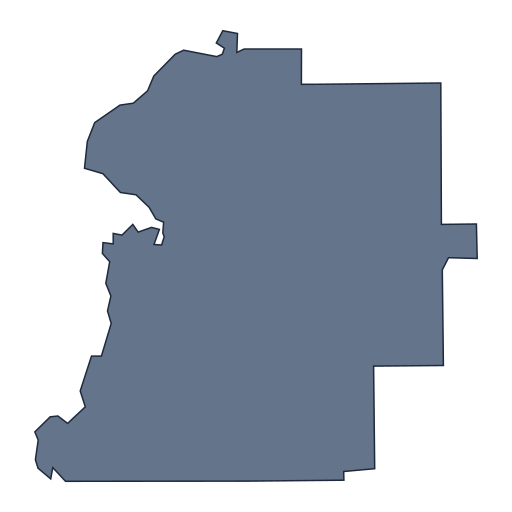 outline of Marengo, Alabama, United States of America
{"feature_id": "52423323B21011437681534", "entity_name": "Marengo", "entity_type": "district", "adm_level": 2, "iso_a3": "USA", "parent_name": "United States of America", "parent_adm1": "Alabama", "projection": "albers", "projection_center": [-87.905, 32.269], "detail": "fine", "context": "isolated", "style": "filled", "palette": "slate", "viewbox_px": 512, "rotation_deg": 0, "n_neighbors": 0, "source": "geoboundaries", "source_scale": "gbopen_adm2", "svg_char_len": 951}
<svg xmlns="http://www.w3.org/2000/svg" viewBox="0 0 512 512"><path d="M65.5,481.3L249.5,481.1L343.9,480.2L343.7,471.5L374.7,468.7L373.6,366.1L443.4,365.5L442.3,269.9L448.5,257.7L477.2,258.5L476.4,224.0L441.4,224.4L440.8,83.0L313.8,84.3L301.4,84.3L301.5,49.0L244.2,49.0L236.8,52.4L237.5,33.5L222.8,30.7L216.3,43.0L224.4,48.2L222.3,54.2L216.8,56.6L183.7,50.2L175.2,54.2L153.8,76.0L147.6,90.8L133.3,103.2L120.0,105.1L94.7,122.6L87.3,141.5L84.5,168.3L102.9,173.7L120.4,192.5L136.0,194.8L149.1,207.3L155.8,218.9L163.6,222.2L162.8,232.9L164.2,236.8L161.6,245.0L154.0,244.5L159.4,229.4L151.5,227.4L138.1,232.1L132.8,224.4L122.0,235.1L113.2,233.4L113.2,243.9L103.0,242.6L102.4,253.5L109.7,261.7L105.8,283.3L110.9,296.0L107.5,310.9L111.2,323.5L101.4,356.1L91.5,356.1L80.2,391.0L85.3,406.8L67.6,423.4L57.9,416.0L50.2,416.8L34.8,431.9L38.2,440.0L35.4,459.7L38.0,468.2L50.7,478.9L52.8,467.6L65.5,481.3Z" fill="#64748b" stroke="#1e293b" stroke-width="1.5"/></svg>